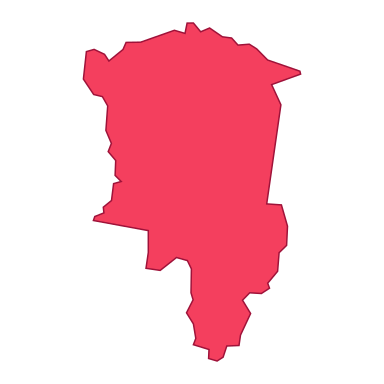 Floyd, Kentucky, United States of America
{"feature_id": "52423323B75655916950400", "entity_name": "Floyd", "entity_type": "district", "adm_level": 2, "iso_a3": "USA", "parent_name": "United States of America", "parent_adm1": "Kentucky", "projection": "albers", "projection_center": [-82.761, 37.521], "detail": "fine", "context": "isolated", "style": "filled", "palette": "rose", "viewbox_px": 384, "rotation_deg": 0, "n_neighbors": 0, "source": "geoboundaries", "source_scale": "gbopen_adm2", "svg_char_len": 964}
<svg xmlns="http://www.w3.org/2000/svg" viewBox="0 0 384 384"><path d="M256.7,48.9L249.3,44.2L238.0,45.1L231.6,38.0L222.4,36.8L209.6,28.0L200.7,31.8L193.4,23.0L187.1,23.1L185.0,33.4L174.4,30.3L140.6,42.2L126.1,42.4L123.0,49.5L108.9,61.0L104.5,54.3L94.1,49.4L86.4,51.6L83.4,79.1L93.7,94.5L102.4,96.6L107.7,105.9L105.9,130.4L111.4,143.4L108.2,151.6L115.7,160.5L115.1,175.4L121.2,181.5L113.6,183.6L111.5,200.5L103.3,207.2L103.9,212.9L94.8,216.5L93.4,220.5L148.3,230.6L148.3,252.5L146.0,268.3L160.2,270.4L176.5,257.5L187.4,260.6L191.4,268.9L191.0,292.8L193.1,299.8L186.5,312.8L193.4,323.9L195.8,338.4L193.4,344.7L209.0,349.5L208.6,358.5L217.1,361.0L223.1,357.2L226.8,346.0L239.0,345.5L240.5,335.1L250.6,313.5L242.5,300.2L249.7,292.8L261.4,293.5L269.5,288.2L267.7,283.2L277.6,271.3L279.1,252.7L286.6,245.4L287.5,226.2L281.4,204.9L266.7,203.9L280.9,104.8L271.6,84.6L300.6,74.1L299.9,71.2L267.6,60.0L256.7,48.9Z" fill="#f43f5e" stroke="#9f1239" stroke-width="1.5"/></svg>